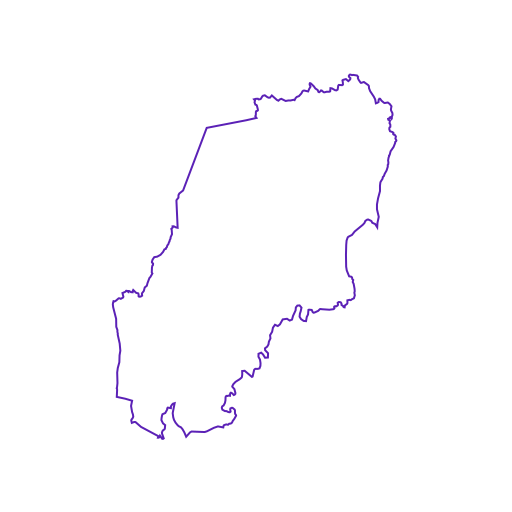 Matuga, Coast, Kenya, rotated 157°
{"feature_id": "3690345B44835557589557", "entity_name": "Matuga", "entity_type": "district", "adm_level": 2, "iso_a3": "KEN", "parent_name": "Kenya", "parent_adm1": "Coast", "projection": "natural_earth1", "projection_center": [39.399, -4.239], "detail": "fine", "context": "isolated", "style": "outline", "palette": "violet", "viewbox_px": 512, "rotation_deg": 157, "n_neighbors": 0, "source": "geoboundaries", "source_scale": "gbopen_adm2", "svg_char_len": 6091}
<svg xmlns="http://www.w3.org/2000/svg" viewBox="0 0 512 512"><g transform="rotate(157 256 256)"><path d="M75.2,332.5L74.6,334.3L74.8,337.1L74.5,338.3L72.8,340.9L73.5,343.7L74.7,345.8L77.7,346.5L78.3,347.0L79.8,349.9L80.3,352.2L81.0,352.6L82.1,351.8L83.1,349.8L84.6,349.6L86.0,349.7L85.1,353.7L85.3,356.7L86.5,363.1L86.4,366.3L85.7,368.3L85.9,369.4L88.7,374.0L91.7,374.3L92.1,375.1L92.7,378.3L92.7,380.1L92.0,381.0L92.5,382.7L95.9,384.8L97.0,385.0L98.0,386.0L99.0,386.3L100.2,385.5L100.4,384.7L99.6,382.9L100.1,382.0L100.9,381.5L102.7,380.9L104.1,383.7L107.0,384.1L107.8,383.9L108.2,382.0L109.0,379.8L110.0,379.6L112.9,381.1L113.7,380.7L115.8,377.3L117.2,377.0L118.4,377.7L120.6,380.6L121.9,381.4L123.4,378.6L124.1,378.5L126.7,379.6L129.0,379.9L129.7,380.3L130.9,382.7L131.6,383.0L132.2,382.5L133.9,382.1L134.4,382.6L134.4,384.7L135.9,387.0L136.5,389.7L137.9,393.0L138.3,393.7L138.9,394.0L139.5,393.3L139.7,392.3L139.7,390.5L141.8,389.0L143.7,387.1L147.0,389.5L147.9,389.7L148.9,389.4L150.7,387.9L154.0,386.4L156.3,386.5L157.8,385.9L159.6,384.4L160.3,385.1L163.6,385.7L165.3,386.5L168.1,387.1L171.3,390.8L173.0,390.8L174.7,390.2L175.8,391.5L178.7,397.6L181.3,396.3L182.0,396.6L182.7,396.9L183.6,398.0L185.1,400.5L186.9,400.8L187.8,400.5L190.1,398.8L190.9,398.7L192.4,399.1L192.8,400.0L194.6,400.7L196.6,401.0L196.2,399.5L197.3,398.0L197.4,396.3L197.4,395.5L196.6,394.9L196.4,394.3L197.0,390.3L197.4,389.3L198.4,389.1L199.1,389.3L199.8,388.7L201.1,385.8L202.0,385.0L201.6,382.9L212.1,384.8L251.3,393.2L297.5,344.8L302.2,343.5L303.6,342.3L304.6,340.0L307.2,338.6L307.6,338.1L317.1,312.6L318.4,313.5L320.1,315.5L321.2,315.9L321.5,314.8L323.4,314.0L323.3,313.2L324.8,308.9L327.2,306.7L327.9,305.4L329.2,304.3L330.0,303.1L330.6,302.8L332.2,301.0L333.5,300.4L334.7,298.9L335.6,298.6L336.2,297.8L337.7,297.9L339.9,296.1L343.4,294.4L347.2,294.0L350.1,294.7L352.6,293.1L354.1,291.3L354.3,290.7L353.7,289.3L354.3,288.0L355.1,287.7L356.3,286.0L358.4,281.5L358.2,280.4L361.5,277.9L362.7,277.4L366.5,273.4L368.1,271.3L370.7,270.5L373.0,267.6L375.4,266.3L375.8,265.8L376.3,264.0L378.0,263.7L379.5,264.2L379.8,264.9L379.1,266.4L379.0,267.6L380.7,268.9L382.3,272.7L382.9,272.2L383.7,270.8L385.1,271.5L386.5,273.4L387.2,273.7L387.6,272.9L388.6,274.5L389.2,274.7L389.7,274.3L390.4,274.1L393.4,274.1L394.0,270.3L394.6,269.7L397.2,269.4L398.0,270.3L399.0,270.7L402.4,269.6L404.0,269.4L404.8,270.1L405.8,268.9L406.7,267.4L407.5,264.6L409.3,252.8L412.3,245.4L412.5,242.0L413.2,240.4L413.6,238.3L414.0,237.7L415.7,228.6L417.9,221.8L420.4,217.9L423.3,211.6L427.0,206.9L429.3,203.0L433.2,193.1L435.2,189.5L435.9,188.7L435.8,188.0L436.4,186.5L439.2,180.7L432.1,175.7L426.6,171.2L429.6,166.8L431.0,160.9L431.2,158.2L431.8,156.0L433.1,154.8L434.5,154.1L435.1,153.3L435.5,150.9L433.0,150.8L431.8,150.2L428.6,143.6L416.2,128.2L417.2,127.1L416.5,126.8L415.7,127.0L414.6,128.1L413.8,124.4L413.1,124.0L412.2,124.2L411.9,129.2L411.6,130.2L410.5,131.4L409.6,131.9L408.0,132.2L407.4,132.7L405.7,135.8L407.0,138.3L407.2,141.9L406.2,143.8L404.8,145.9L403.9,146.9L400.9,146.9L397.7,149.4L397.2,150.5L396.4,150.9L393.8,149.2L393.1,150.8L391.5,151.9L390.2,152.5L388.4,152.3L394.1,143.9L395.2,139.9L395.5,137.3L395.2,134.1L394.4,131.3L393.7,129.6L392.0,127.6L391.3,125.2L390.9,121.7L390.9,116.9L385.7,119.4L383.9,119.6L372.0,114.0L369.6,113.8L361.8,114.3L357.6,114.0L353.1,111.0L352.0,112.6L351.4,112.8L349.2,112.6L347.7,111.6L346.2,112.1L344.7,111.6L343.2,112.0L341.8,113.3L339.7,114.5L336.7,116.8L336.6,117.7L336.9,118.6L336.7,119.7L335.7,122.1L335.7,123.0L336.8,125.2L337.4,125.7L339.1,125.7L339.7,124.9L340.2,122.7L341.2,122.4L342.5,123.2L343.7,124.7L345.2,125.4L347.0,127.7L346.8,129.6L346.4,130.2L345.8,130.8L344.2,131.1L342.0,132.9L340.5,135.1L339.2,137.9L338.5,138.6L337.6,138.7L337.0,138.3L335.7,138.2L334.6,137.5L333.7,139.2L333.2,139.8L332.5,140.0L331.5,138.8L330.8,136.7L329.9,136.7L329.0,137.1L328.5,137.9L327.9,141.9L328.9,145.0L328.5,145.6L326.9,146.9L323.9,148.2L319.0,149.0L316.8,149.7L316.2,150.2L314.9,152.4L313.7,155.5L311.3,154.8L307.0,146.3L306.2,146.4L302.2,151.9L301.6,152.2L300.7,152.4L298.5,151.4L296.7,151.2L294.9,153.1L293.7,155.6L292.8,159.1L293.1,162.3L291.9,165.0L289.0,165.0L288.0,162.7L287.4,158.8L284.7,157.9L282.9,161.8L284.4,165.7L283.8,167.5L281.1,168.2L279.1,169.7L277.6,172.1L274.9,174.5L274.0,177.6L270.8,179.9L268.4,183.4L265.4,185.3L263.3,183.0L260.7,183.7L256.2,187.2L252.0,186.1L250.2,183.4L247.7,183.4L245.3,186.4L240.8,190.5L239.4,193.1L237.3,194.2L235.2,193.5L234.3,190.7L236.5,187.6L238.1,185.8L239.6,183.1L239.2,180.3L237.5,177.6L235.4,176.5L233.1,180.0L230.9,181.9L228.8,185.9L228.2,185.9L225.8,184.6L225.7,182.1L225.2,181.3L224.2,181.1L220.2,181.2L218.0,182.1L217.1,181.9L216.4,181.4L209.5,177.9L205.6,176.8L204.7,176.9L204.1,177.4L204.1,178.5L203.6,178.9L202.7,178.9L201.9,178.3L200.3,178.5L199.6,179.0L199.1,181.0L197.9,181.3L196.9,180.9L196.1,180.2L195.9,179.0L196.4,177.4L195.4,176.0L195.4,175.1L195.1,174.5L194.5,174.1L193.5,175.7L190.8,176.4L190.2,177.0L189.2,179.5L187.0,179.1L186.4,178.5L185.7,178.4L184.7,178.7L182.4,178.8L180.4,181.2L179.8,183.8L178.9,185.0L178.1,187.3L177.4,190.4L177.0,192.2L177.1,194.3L175.9,195.9L176.4,197.2L176.0,198.7L176.3,199.6L178.2,200.9L178.1,207.2L177.2,210.9L172.7,222.0L168.6,231.0L166.6,234.8L164.4,237.2L163.6,237.6L159.4,237.9L155.6,240.0L145.5,243.0L143.3,244.0L141.6,245.6L139.4,246.0L138.5,245.8L136.5,243.6L136.1,242.9L136.0,241.2L133.8,238.8L133.2,235.1L131.2,239.1L127.7,244.1L126.4,251.7L124.5,256.2L121.1,261.4L116.5,267.3L114.4,272.3L112.9,274.9L112.3,275.6L109.3,277.7L108.4,279.1L107.1,279.6L105.4,281.4L102.4,283.7L99.8,286.7L99.2,288.3L98.6,288.6L98.0,289.6L97.5,290.6L97.1,292.3L95.5,294.8L94.5,295.8L94.3,296.5L93.4,296.9L91.2,299.8L86.8,302.6L83.8,305.6L83.4,306.5L82.1,307.0L81.6,307.6L81.8,309.6L80.5,311.4L81.0,313.5L81.8,313.9L82.1,314.8L81.4,315.7L81.9,316.7L83.9,318.5L83.8,320.5L83.2,321.8L82.7,322.2L81.9,322.4L81.5,323.2L81.0,324.6L81.2,326.1L79.8,328.3L81.0,329.8L80.8,330.6L80.1,330.4L78.9,331.2L78.2,331.3L77.7,329.2L77.2,329.6L76.5,331.2L75.2,332.5Z" fill="none" stroke="#5b21b6" stroke-width="2"/></g></svg>